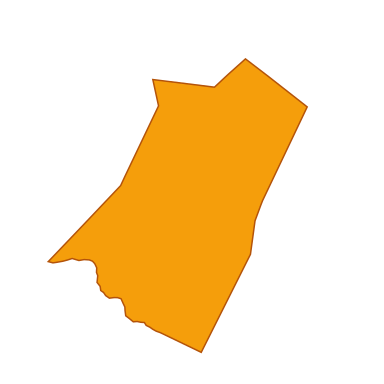 Taipu, Rio Grande do Norte, Brazil (Robinson projection), rotated 212°
{"feature_id": "56859067B84836905302883", "entity_name": "Taipu", "entity_type": "district", "adm_level": 2, "iso_a3": "BRA", "parent_name": "Brazil", "parent_adm1": "Rio Grande do Norte", "projection": "robinson", "projection_center": [-35.567, -5.604], "detail": "fine", "context": "isolated", "style": "filled", "palette": "amber", "viewbox_px": 384, "rotation_deg": 212, "n_neighbors": 0, "source": "geoboundaries", "source_scale": "gbopen_adm2", "svg_char_len": 779}
<svg xmlns="http://www.w3.org/2000/svg" viewBox="0 0 384 384"><g transform="rotate(212 192 192)"><path d="M277.0,56.8L272.4,58.2L269.9,60.3L264.9,64.8L261.6,68.3L258.4,72.1L251.6,74.0L247.7,77.5L243.1,80.0L239.7,80.6L236.5,79.7L232.6,77.2L230.4,73.2L227.6,71.1L224.6,65.0L219.9,63.3L217.2,60.1L213.7,59.9L210.3,58.4L205.8,58.2L202.1,61.2L199.1,63.0L195.6,63.9L191.3,61.0L188.0,58.9L185.9,55.9L182.6,51.9L179.2,51.6L173.0,50.8L169.9,53.1L166.4,54.4L163.2,56.1L160.2,54.6L156.1,55.0L152.6,54.8L148.6,55.0L144.6,55.9L99.2,60.9L109.4,170.1L123.3,201.0L126.7,217.4L127.6,222.2L139.4,325.2L187.9,330.4L217.2,333.2L223.4,311.8L224.9,306.3L228.5,292.8L284.8,266.6L266.0,247.3L257.2,170.1L255.9,159.6L267.3,103.7L277.0,56.8Z" fill="#f59e0b" stroke="#b45309" stroke-width="1.5"/></g></svg>